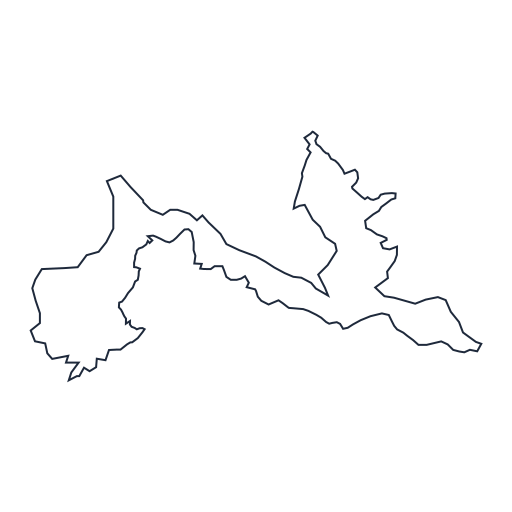 outline of Choli, Paphos, Cyprus
{"feature_id": "46923920B7711307897542", "entity_name": "Choli", "entity_type": "district", "adm_level": 2, "iso_a3": "CYP", "parent_name": "Cyprus", "parent_adm1": "Paphos", "projection": "mercator", "projection_center": [32.456, 34.982], "detail": "fine", "context": "isolated", "style": "outline", "palette": "slate", "viewbox_px": 512, "rotation_deg": 0, "n_neighbors": 0, "source": "geoboundaries", "source_scale": "gbopen_adm2", "svg_char_len": 3313}
<svg xmlns="http://www.w3.org/2000/svg" viewBox="0 0 512 512"><path d="M312.5,131.7L310.7,133.6L304.5,137.8L309.6,144.4L307.2,149.0L310.6,152.4L306.5,159.9L304.7,165.6L301.9,173.2L302.4,176.7L298.9,189.1L294.9,201.5L293.7,208.6L299.5,205.8L304.7,204.9L312.7,219.7L320.1,226.8L325.3,237.3L335.1,243.8L336.7,250.9L327.7,265.1L318.2,274.6L325.0,287.9L328.1,295.6L315.8,288.5L311.2,282.9L301.3,277.7L293.3,276.8L284.7,273.1L274.3,267.5L265.4,261.7L255.9,256.4L239.3,250.2L226.4,244.1L220.5,233.9L208.6,222.5L202.4,215.4L196.9,220.3L189.5,213.8L177.5,209.8L170.2,209.8L162.8,214.8L150.8,209.8L143.4,202.4L143.1,200.3L130.5,187.0L120.7,175.6L106.9,181.1L113.3,196.6L113.3,220.0L113.3,228.6L106.3,242.2L98.6,251.8L86.6,255.2L77.7,267.2L67.4,267.9L64.2,268.1L46.2,268.9L41.8,269.1L35.3,279.6L32.3,288.2L35.4,299.7L35.6,300.5L39.9,313.2L39.9,323.1L30.7,330.5L35.0,341.3L45.2,343.4L47.3,353.3L52.2,358.9L68.2,355.8L66.0,362.6L78.6,362.6L71.3,372.5L68.8,380.3L76.9,376.1L78.7,376.1L79.3,376.1L84.0,367.7L89.6,371.2L96.1,367.2L96.8,358.7L105.5,360.2L109.0,350.0L116.6,349.6L120.5,349.6L127.0,344.4L130.3,342.4L132.2,342.3L137.8,338.1L142.5,332.2L144.6,329.2L142.5,328.1L139.8,328.2L136.8,329.3L134.6,327.9L131.6,326.8L129.9,324.5L130.0,321.0L125.9,323.7L126.0,318.6L124.4,316.4L123.1,313.8L122.6,312.6L121.0,309.6L118.9,307.4L119.0,305.4L119.2,302.6L122.0,301.6L125.1,297.8L128.0,293.1L132.9,287.4L135.1,281.5L137.8,279.8L138.6,275.5L138.8,271.4L140.0,268.7L136.3,267.3L134.1,267.1L134.1,262.6L135.1,258.8L135.2,255.7L136.5,252.8L136.8,250.5L139.0,248.4L142.4,247.3L146.3,244.4L147.8,241.0L149.6,243.0L152.3,240.4L147.8,236.2L153.1,235.6L156.0,236.7L160.7,238.9L165.5,241.4L169.5,242.4L173.2,240.5L176.4,237.7L180.0,233.9L184.5,229.5L188.4,229.2L191.7,232.0L193.7,242.1L193.6,250.1L195.4,255.8L194.3,263.5L201.7,263.9L200.2,268.6L203.8,269.0L210.7,269.1L214.6,266.2L222.4,266.2L224.0,270.2L226.4,276.9L230.8,279.8L236.7,279.8L241.1,278.6L245.0,276.2L248.8,282.7L246.7,287.2L255.1,289.3L256.0,290.9L257.8,296.7L261.3,300.8L268.6,304.5L278.5,300.3L282.6,303.1L288.0,307.3L288.9,307.9L294.1,308.3L303.2,309.1L308.4,310.9L316.3,314.8L321.2,317.7L326.1,322.0L329.2,323.7L332.4,322.9L336.8,322.2L340.1,323.9L343.1,328.8L347.7,327.8L353.0,324.4L360.7,320.2L370.5,316.2L381.9,313.4L388.8,315.0L391.8,321.2L394.2,325.9L397.1,329.4L403.4,332.7L407.1,335.7L413.1,340.1L418.5,344.9L426.5,344.9L441.2,341.4L443.6,342.5L447.7,344.4L453.2,349.9L459.3,351.5L464.3,352.3L469.9,349.8L477.2,351.3L481.3,343.8L475.9,341.9L463.0,332.5L459.0,322.0L450.8,311.8L445.7,300.1L437.9,297.1L425.7,299.6L415.2,303.7L394.0,297.7L384.4,296.2L375.2,287.5L387.9,278.1L387.1,271.6L390.2,267.4L394.7,261.1L396.9,254.9L397.0,246.6L389.6,249.4L383.0,248.2L380.7,242.9L386.7,239.9L386.5,238.2L382.5,236.3L376.9,234.4L370.9,230.1L366.2,228.2L365.1,220.8L373.3,214.3L378.9,210.9L381.3,207.0L386.1,203.5L391.3,199.5L395.3,198.3L395.6,193.5L391.9,193.1L384.7,193.6L380.7,194.7L378.5,198.0L373.3,199.9L370.6,199.3L367.6,197.2L364.9,199.1L361.6,196.7L357.5,193.0L352.4,188.5L352.0,186.8L356.2,182.6L358.1,178.3L357.3,172.3L354.9,169.7L349.8,171.7L344.5,173.7L342.9,170.0L338.2,163.6L335.2,160.7L331.0,158.8L328.2,153.7L326.1,153.2L323.5,151.0L320.1,146.8L316.5,144.2L315.3,140.7L317.7,135.6L313.3,132.0L312.5,131.7Z" fill="none" stroke="#1e293b" stroke-width="2"/></svg>